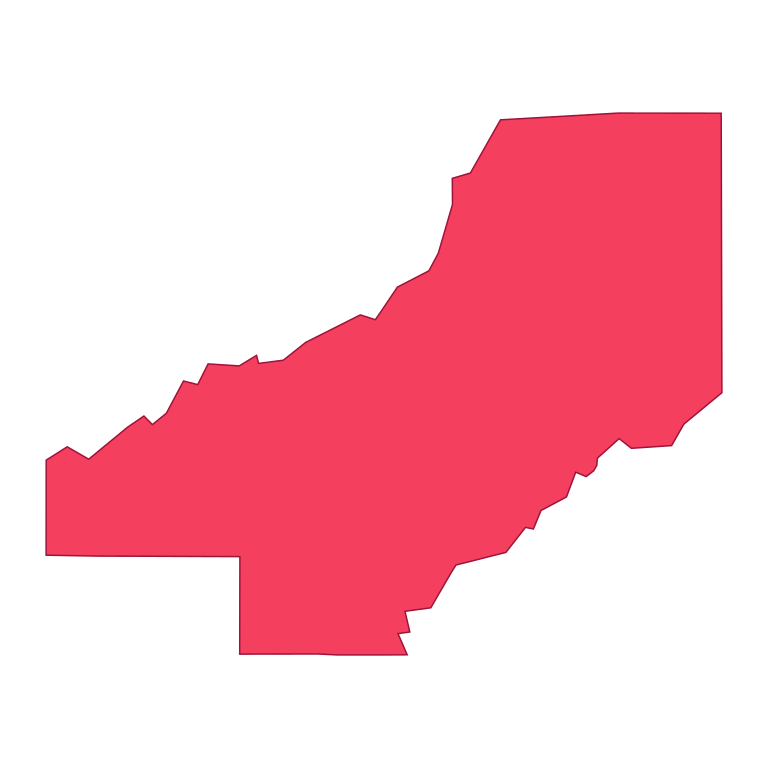 the district of Madison, Mississippi, United States of America
{"feature_id": "52423323B64400488372532", "entity_name": "Madison", "entity_type": "district", "adm_level": 2, "iso_a3": "USA", "parent_name": "United States of America", "parent_adm1": "Mississippi", "projection": "orthographic", "projection_center": [-90.09, 32.642], "detail": "fine", "context": "isolated", "style": "filled", "palette": "rose", "viewbox_px": 768, "rotation_deg": 0, "n_neighbors": 0, "source": "geoboundaries", "source_scale": "gbopen_adm2", "svg_char_len": 883}
<svg xmlns="http://www.w3.org/2000/svg" viewBox="0 0 768 768"><path d="M721.2,113.2L617.9,113.1L500.5,119.8L470.4,173.0L452.3,178.3L452.5,204.4L438.3,253.2L428.9,270.8L397.4,287.1L381.0,311.5L375.3,319.7L360.3,314.9L305.8,342.3L283.3,360.2L258.6,363.4L256.5,355.4L239.2,365.9L208.1,363.9L197.7,384.6L183.5,381.0L166.4,413.2L152.4,424.6L143.9,416.0L127.3,427.4L88.7,459.2L67.2,446.8L46.2,460.1L46.1,555.2L98.3,556.1L136.1,556.2L205.9,556.5L235.7,556.6L239.9,556.7L239.7,654.1L302.9,654.0L318.3,654.0L336.6,654.9L342.5,654.9L352.8,654.9L388.2,654.9L407.2,654.8L398.0,633.6L409.8,632.0L405.0,611.3L430.8,607.8L451.5,572.1L456.0,565.0L505.9,552.4L525.5,527.4L533.4,529.0L541.0,510.5L566.5,496.9L575.7,472.2L586.2,476.6L593.8,470.7L596.8,465.4L597.4,458.2L619.1,438.6L631.4,448.3L671.6,445.6L683.9,424.1L721.9,392.7L721.2,113.2Z" fill="#f43f5e" stroke="#9f1239" stroke-width="1.5"/></svg>